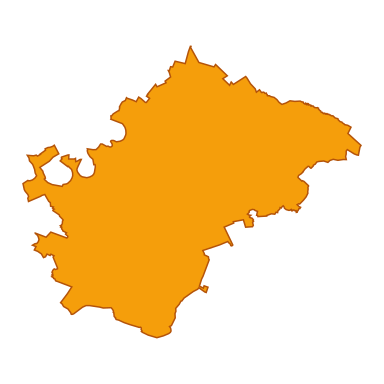 outline of Satulung, Maramures, Romania
{"feature_id": "2599482B12544437302326", "entity_name": "Satulung", "entity_type": "district", "adm_level": 2, "iso_a3": "ROU", "parent_name": "Romania", "parent_adm1": "Maramures", "projection": "natural_earth1", "projection_center": [23.421, 47.561], "detail": "fine", "context": "isolated", "style": "filled", "palette": "amber", "viewbox_px": 384, "rotation_deg": 0, "n_neighbors": 0, "source": "geoboundaries", "source_scale": "gbopen_adm2", "svg_char_len": 5905}
<svg xmlns="http://www.w3.org/2000/svg" viewBox="0 0 384 384"><path d="M297.2,212.2L297.2,211.1L297.9,210.8L299.0,208.6L299.8,208.6L300.6,207.3L299.1,206.6L297.1,204.7L298.8,203.7L299.7,204.0L303.5,200.1L306.1,196.9L307.9,193.2L307.7,191.9L308.1,189.1L307.9,187.2L308.5,186.3L308.5,185.7L304.0,181.4L302.4,180.7L301.9,181.1L298.0,177.5L298.1,176.5L298.7,175.4L301.3,173.7L303.0,172.0L302.8,171.9L305.1,168.9L308.1,166.3L309.0,166.5L310.6,168.1L311.1,168.2L313.2,166.1L313.4,165.2L315.3,164.1L316.8,162.0L318.6,161.5L323.7,161.0L327.9,162.4L329.9,160.5L333.2,159.3L337.9,160.3L343.3,159.5L346.3,159.6L345.6,156.5L346.2,154.0L346.2,151.1L347.3,149.6L354.2,153.9L356.7,154.9L358.4,155.2L359.9,147.3L361.0,145.4L347.9,133.5L351.0,127.2L347.8,125.3L344.5,124.6L344.1,123.9L342.4,122.9L341.9,122.1L340.2,121.7L338.3,119.9L337.9,118.7L335.2,118.0L332.9,115.8L331.3,115.8L330.4,115.0L329.2,114.8L328.8,114.2L327.5,114.3L327.1,113.6L326.7,113.6L326.3,114.2L325.5,114.1L325.3,113.5L323.8,113.6L323.9,113.2L323.1,113.3L322.2,112.3L321.3,112.4L320.6,110.9L319.9,110.6L318.4,108.9L318.5,108.2L317.5,107.6L316.7,107.8L314.4,107.5L313.3,106.1L310.9,106.1L310.7,105.9L311.2,105.4L310.3,105.0L308.9,104.7L308.5,105.0L307.6,104.6L308.4,103.8L308.2,103.6L306.9,103.5L306.3,104.4L305.7,103.4L305.5,103.9L304.8,104.0L303.5,103.1L303.5,102.4L302.9,101.9L302.0,102.0L300.2,101.1L294.8,101.4L290.0,100.8L286.0,103.0L281.9,104.4L279.0,102.3L276.9,99.6L274.1,97.4L270.6,96.5L269.6,95.8L267.4,95.7L267.3,94.8L266.5,93.9L266.3,93.1L264.9,93.4L264.1,92.4L263.1,92.1L262.0,92.6L261.5,92.5L259.5,89.8L256.4,92.2L255.2,88.8L250.5,83.8L247.0,78.1L245.7,76.5L233.4,84.4L231.2,82.0L229.6,85.3L222.8,78.7L227.3,75.8L215.6,64.5L214.0,66.9L198.9,62.5L190.6,47.5L191.0,46.4L190.4,46.3L188.5,51.5L185.2,63.6L175.1,61.2L172.7,67.0L170.6,66.7L169.4,70.5L168.3,70.5L169.3,72.5L170.6,77.0L165.1,81.1L166.0,82.8L157.0,86.8L155.6,84.3L147.5,94.3L147.8,94.5L146.5,96.2L149.6,98.3L146.3,102.5L145.3,102.4L141.0,98.6L138.7,97.1L136.2,101.7L132.5,100.0L127.3,98.3L126.5,97.7L125.3,100.5L122.3,102.0L120.9,104.1L119.4,107.0L119.7,107.7L119.0,110.6L117.8,111.0L113.2,113.9L111.7,115.8L110.9,115.9L111.1,118.5L110.8,119.2L122.3,123.6L123.0,124.4L125.0,127.4L125.8,130.1L126.0,133.3L125.7,135.0L124.0,138.8L122.7,140.0L120.2,141.2L116.4,141.8L113.7,140.5L111.8,140.4L111.0,140.7L110.6,141.5L112.1,143.9L112.3,145.5L112.1,146.1L110.8,147.0L109.7,147.0L108.0,146.1L106.6,146.4L102.2,144.0L100.6,144.0L98.7,147.0L96.1,149.6L93.0,149.7L87.3,148.8L87.6,150.0L87.3,150.4L87.4,151.6L88.0,153.5L90.0,156.7L92.9,159.3L93.8,164.7L95.0,164.6L95.2,165.3L95.3,167.0L94.4,172.5L93.7,174.1L92.4,175.6L89.7,177.0L86.8,177.7L82.2,176.8L80.2,175.6L77.7,172.3L76.9,170.1L77.0,168.9L77.8,166.8L81.3,159.4L80.2,159.4L77.3,161.1L75.7,161.6L75.5,158.4L74.4,159.0L68.7,159.0L68.9,154.9L67.8,155.0L61.5,157.1L61.3,158.0L62.0,158.9L60.2,160.9L67.7,166.6L68.1,166.2L71.6,169.5L72.6,172.8L72.7,175.7L72.1,177.8L70.6,180.6L68.0,183.1L66.6,183.9L63.1,184.5L62.2,186.4L52.2,184.6L47.8,182.6L44.5,179.5L44.3,179.0L45.4,178.2L45.0,176.6L43.3,173.1L42.8,171.1L39.8,167.4L49.4,161.2L53.0,157.2L58.8,153.8L54.3,145.2L52.6,146.4L50.0,147.3L48.0,147.5L45.1,148.8L45.5,150.2L40.1,154.1L40.4,154.4L37.5,156.1L36.3,155.1L33.6,155.8L27.3,155.3L29.0,158.0L29.5,160.9L32.5,164.2L33.1,165.4L34.6,169.4L35.2,173.0L36.6,175.8L34.8,178.2L32.5,179.9L30.1,180.7L28.6,180.8L27.9,180.4L23.0,183.6L24.3,189.6L25.2,191.3L27.9,194.6L28.6,196.5L27.8,198.2L28.5,201.5L40.8,196.2L41.7,195.5L44.8,194.5L48.7,201.3L50.3,202.6L50.6,206.2L53.4,207.0L52.6,208.2L54.1,209.1L53.3,209.5L52.9,210.6L59.3,214.9L59.6,216.2L63.0,219.7L63.0,220.4L62.5,221.0L62.3,223.8L61.4,225.1L60.4,225.7L61.4,226.2L60.7,227.1L61.7,227.5L61.6,228.8L62.6,230.0L62.8,230.9L66.5,232.8L65.5,234.1L67.8,236.2L67.6,237.4L66.8,238.0L50.8,232.1L46.1,237.2L35.3,233.1L35.3,233.5L36.8,234.6L38.1,236.4L39.0,239.5L38.2,241.8L36.8,243.5L35.0,243.7L32.5,245.2L36.0,246.6L34.3,250.0L37.8,251.4L41.4,253.9L43.5,257.6L45.5,256.8L47.0,254.1L50.1,255.5L50.9,254.2L54.0,255.8L53.1,257.1L57.5,267.9L57.5,268.8L55.4,269.5L54.2,268.9L52.9,270.2L52.1,271.9L52.0,272.4L52.6,272.9L52.5,273.8L52.0,274.8L52.8,274.7L53.0,275.1L52.6,276.1L51.8,276.7L53.4,277.6L53.6,278.5L54.9,279.0L55.6,280.8L71.8,286.9L67.4,293.7L60.6,302.7L62.1,303.9L63.6,306.5L68.0,309.0L70.7,312.7L71.2,314.2L71.9,314.4L73.6,313.9L82.5,307.2L86.0,305.6L89.7,305.6L99.7,307.1L103.2,308.0L111.1,307.7L112.5,309.3L113.5,311.1L113.2,312.3L113.8,312.7L114.2,316.5L115.7,318.0L115.5,318.5L116.2,319.5L118.7,320.1L124.1,322.6L129.9,324.6L139.2,327.4L140.6,327.2L141.1,327.6L141.3,328.7L141.1,329.4L142.0,330.9L141.4,331.5L142.4,332.3L148.2,335.1L156.9,337.7L163.5,335.8L168.7,333.6L170.3,332.4L170.9,331.4L171.0,330.3L170.6,328.1L169.5,326.5L171.4,325.6L175.2,317.9L175.0,313.6L175.9,311.3L175.7,308.4L179.2,304.3L180.6,301.7L181.2,301.0L181.8,301.0L184.1,298.0L193.3,291.5L197.7,289.2L198.9,287.8L204.8,292.0L206.2,292.5L208.0,287.2L204.1,285.8L203.4,288.1L199.4,286.1L201.6,279.1L203.0,276.3L209.2,259.8L208.7,259.0L208.4,256.8L204.3,254.8L204.3,253.6L202.8,250.5L219.6,244.9L227.8,241.5L228.4,242.5L230.2,244.0L230.8,245.6L231.6,245.9L232.3,245.6L232.8,245.0L224.2,227.1L233.7,223.1L233.3,221.7L243.4,219.8L245.6,227.2L252.5,226.7L253.3,225.3L252.6,222.5L253.5,221.3L252.8,220.8L253.4,219.9L252.3,218.3L249.6,217.4L249.6,216.3L250.8,215.3L248.8,215.0L247.4,214.1L249.0,212.6L249.3,211.7L249.1,211.3L249.6,210.5L252.3,209.4L254.5,209.7L254.9,210.4L257.5,211.4L256.6,215.3L257.6,215.5L257.9,216.6L266.4,216.1L266.8,216.0L266.7,215.5L271.4,213.8L274.8,214.2L276.1,212.2L277.6,212.6L278.0,210.7L279.7,209.2L280.1,207.6L281.3,208.0L282.1,206.7L283.2,205.8L284.0,206.8L284.5,208.3L286.2,209.6L289.0,210.4L290.9,210.0L290.8,209.6L291.4,209.4L291.9,210.3L291.8,210.8L292.6,210.8L293.2,210.0L294.7,210.3L295.1,210.9L296.0,210.6L296.3,212.4L297.2,212.2Z" fill="#f59e0b" stroke="#b45309" stroke-width="1.5"/></svg>